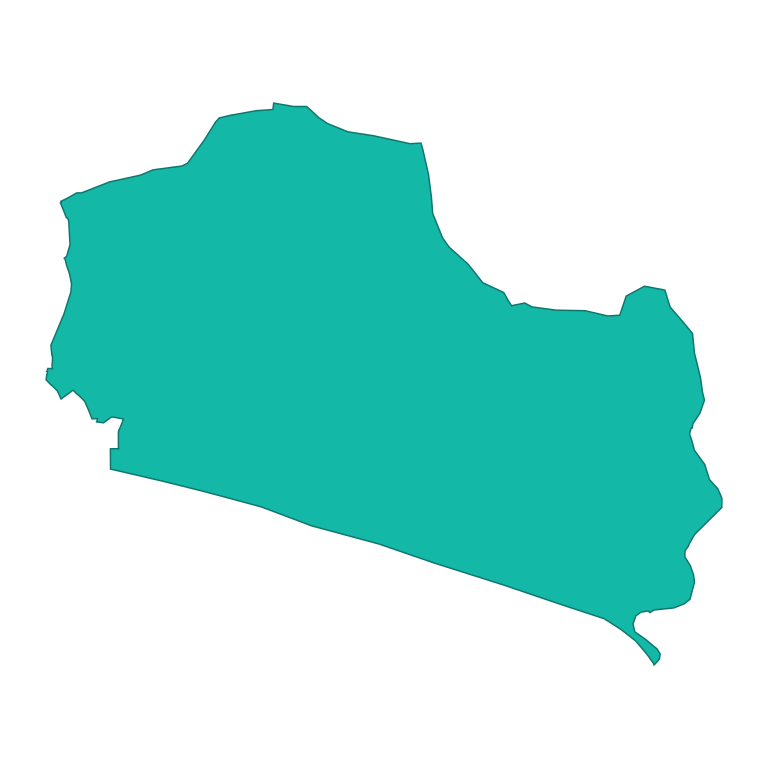 outline of Mambah Kaba, Margibi, Liberia
{"feature_id": "62588387B59975354142856", "entity_name": "Mambah Kaba", "entity_type": "district", "adm_level": 2, "iso_a3": "LBR", "parent_name": "Liberia", "parent_adm1": "Margibi", "projection": "orthographic", "projection_center": [-10.524, 6.256], "detail": "fine", "context": "isolated", "style": "filled", "palette": "teal", "viewbox_px": 768, "rotation_deg": 0, "n_neighbors": 0, "source": "geoboundaries", "source_scale": "gbopen_adm2", "svg_char_len": 3290}
<svg xmlns="http://www.w3.org/2000/svg" viewBox="0 0 768 768"><path d="M142.9,174.1L140.6,175.1L110.5,181.7L109.3,182.0L82.5,192.5L81.6,192.9L76.8,192.9L74.2,194.3L66.2,198.8L60.9,201.3L61.4,202.4L60.4,203.0L61.3,204.8L66.4,217.7L67.7,218.3L68.7,220.9L68.9,223.8L69.8,241.1L70.0,242.8L69.9,245.0L66.7,256.2L64.8,257.8L64.2,258.2L65.2,259.5L66.5,265.0L67.1,266.8L69.6,274.1L70.8,280.2L70.8,280.4L71.5,283.7L71.3,287.1L70.9,291.9L67.2,303.7L66.4,306.2L66.3,306.5L64.2,313.3L63.9,314.0L63.8,314.4L61.1,320.7L60.8,321.4L59.5,324.6L51.9,342.9L51.6,343.6L50.9,345.3L51.3,348.5L51.2,348.5L51.5,351.6L51.6,352.2L51.8,355.0L52.3,355.5L52.6,356.4L52.3,356.6L52.5,357.3L52.5,358.4L52.5,359.1L52.4,361.7L52.3,362.7L52.0,365.4L52.0,365.5L52.2,367.2L52.2,368.5L51.9,368.5L52.0,368.6L47.8,368.5L47.5,369.3L47.4,370.7L47.0,371.3L46.8,371.5L47.0,371.6L47.4,372.5L47.4,373.0L47.3,373.6L47.2,373.7L46.8,374.3L46.5,376.6L46.1,379.5L46.4,380.1L50.3,384.2L52.6,386.2L57.3,390.8L59.2,394.8L60.5,397.8L61.0,398.9L61.1,399.0L73.0,390.2L75.4,392.3L75.3,392.6L78.8,395.5L84.5,401.0L88.1,409.0L91.9,418.5L92.1,418.9L95.1,418.7L97.4,418.5L97.2,420.0L96.7,421.6L96.6,421.9L99.8,422.3L103.6,422.8L103.9,422.6L111.6,416.9L114.3,417.3L118.7,418.1L123.4,419.0L121.9,423.2L119.3,429.5L119.0,429.8L118.4,431.9L118.4,446.7L118.7,448.7L110.4,448.8L110.5,466.2L110.5,469.1L154.6,479.3L161.0,480.8L202.9,491.2L253.2,504.7L261.3,506.9L311.8,525.9L356.3,537.9L379.3,544.1L383.6,545.6L433.8,562.9L434.4,563.1L502.6,584.7L550.4,600.9L562.2,604.9L604.2,618.7L620.6,629.2L635.7,641.0L646.9,654.2L653.5,663.4L654.0,664.9L655.1,664.0L656.3,662.6L659.3,659.2L660.2,654.0L657.1,649.0L653.2,645.8L646.5,640.1L634.8,631.8L633.0,623.9L635.9,615.8L637.9,614.4L640.9,612.2L648.2,610.9L649.9,612.6L654.0,610.0L673.9,607.9L676.9,606.7L684.4,603.7L690.0,599.3L692.7,588.9L694.0,584.2L694.5,582.1L693.7,576.5L693.5,574.8L690.3,565.6L684.8,556.8L684.9,555.8L685.0,550.8L688.6,545.9L688.5,545.2L694.4,534.7L699.9,529.2L721.8,507.5L721.8,507.1L721.9,501.7L721.9,498.3L720.3,494.4L717.8,488.8L709.5,479.6L704.7,464.4L702.0,460.8L699.0,456.6L694.5,450.4L691.7,440.3L689.6,434.1L690.2,431.4L691.0,428.4L692.3,428.0L692.8,423.9L699.9,413.3L700.8,410.7L704.5,400.1L704.3,399.5L704.1,398.7L703.6,396.6L702.5,392.2L700.5,377.7L697.6,365.9L696.1,359.7L694.5,353.3L694.0,348.4L693.1,339.8L692.9,337.4L692.8,336.2L692.5,333.5L691.0,331.7L690.6,331.2L688.0,328.0L683.9,323.0L670.1,307.0L667.1,297.3L664.9,290.1L644.5,286.2L626.2,296.1L621.4,310.4L619.7,315.3L618.2,315.3L607.9,316.0L585.0,310.7L557.1,310.2L556.2,310.2L549.0,309.2L531.9,306.9L524.7,303.0L511.6,305.7L509.0,301.7L508.3,300.7L503.7,292.5L501.3,291.4L482.7,282.7L471.8,268.8L468.2,264.3L449.2,247.2L442.6,238.0L439.8,231.0L437.0,224.2L435.4,220.1L432.7,213.6L432.1,205.7L431.4,197.1L428.6,175.1L427.1,168.4L422.7,149.0L421.1,143.5L421.0,143.1L409.9,143.7L376.5,136.4L372.9,135.6L372.5,135.6L367.9,134.9L347.9,131.8L343.1,129.9L327.6,123.6L318.7,117.6L314.0,113.2L309.3,108.8L306.4,106.5L297.9,106.5L295.3,106.5L293.5,106.5L273.7,103.1L272.9,109.5L260.8,110.4L256.8,110.6L253.4,111.2L235.0,114.5L231.3,115.1L219.4,117.9L218.8,118.5L216.7,120.8L215.7,121.8L206.8,136.1L204.7,139.5L188.2,162.3L187.4,163.3L182.0,166.0L153.2,169.8L142.9,174.1Z" fill="#14b8a6" stroke="#0f766e" stroke-width="1.5"/></svg>